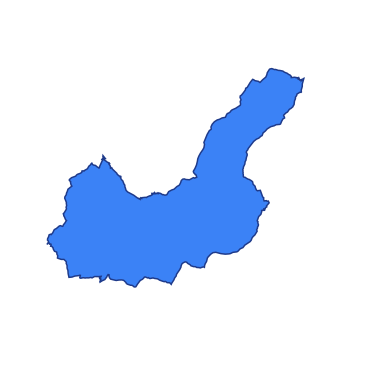 Rozavlea, Maramures, Romania (Natural Earth projection), rotated 152°
{"feature_id": "2599482B19056490383889", "entity_name": "Rozavlea", "entity_type": "district", "adm_level": 2, "iso_a3": "ROU", "parent_name": "Romania", "parent_adm1": "Maramures", "projection": "natural_earth1", "projection_center": [24.205, 47.737], "detail": "fine", "context": "isolated", "style": "filled", "palette": "blue", "viewbox_px": 384, "rotation_deg": 152, "n_neighbors": 0, "source": "geoboundaries", "source_scale": "gbopen_adm2", "svg_char_len": 6081}
<svg xmlns="http://www.w3.org/2000/svg" viewBox="0 0 384 384"><g transform="rotate(152 192 192)"><path d="M85.6,263.0L89.2,261.4L94.2,258.4L95.9,258.4L97.0,257.0L101.0,255.1L103.0,254.3L104.3,254.2L105.2,252.9L105.4,250.5L106.2,249.7L106.8,249.5L107.2,248.7L107.5,247.5L108.3,246.2L108.8,245.9L114.2,245.4L118.1,245.7L119.5,245.4L120.8,244.7L122.6,244.5L124.0,244.7L125.3,244.0L127.4,242.3L130.8,243.3L133.6,243.3L135.9,243.8L139.3,243.5L142.4,242.3L144.5,240.7L144.9,240.1L145.4,238.6L145.9,238.3L147.8,238.1L151.6,235.7L158.2,230.2L158.6,228.2L160.6,225.6L162.5,224.3L166.2,222.4L169.2,220.4L171.4,218.5L172.9,216.5L175.4,213.7L178.3,211.4L181.1,209.7L181.5,208.2L181.0,206.9L181.0,205.9L180.4,205.1L180.9,202.8L183.2,203.0L183.7,203.8L184.0,204.0L188.5,204.0L191.5,205.9L192.7,207.2L194.2,207.7L196.0,207.2L197.9,205.4L200.0,204.0L202.8,203.9L206.5,202.9L208.9,203.3L212.4,203.3L215.5,201.4L217.4,201.9L218.7,203.3L219.3,203.5L220.4,205.5L221.7,206.6L222.2,206.4L222.4,207.1L222.9,206.8L223.3,207.4L223.8,207.1L224.6,207.7L225.3,207.7L225.2,208.3L225.3,208.7L225.6,208.2L226.6,208.4L227.0,208.6L226.8,209.0L227.2,209.0L227.5,209.3L228.1,209.6L228.2,209.0L228.0,208.4L228.5,208.2L229.0,208.4L230.2,208.1L231.3,208.5L234.1,208.7L234.7,208.5L235.7,209.2L238.9,210.5L239.4,209.9L240.0,210.9L240.7,210.2L241.7,211.1L241.7,210.5L242.8,212.0L245.0,216.6L248.8,222.2L249.4,224.3L249.3,225.3L248.9,226.9L248.9,227.8L248.1,229.7L248.3,231.0L247.9,234.4L248.5,236.2L248.4,238.4L247.7,238.6L248.2,239.4L247.9,239.6L248.8,240.4L249.7,242.7L249.6,243.8L251.5,249.6L251.5,251.0L252.8,251.3L252.4,252.2L252.2,252.2L252.0,253.2L252.2,255.7L251.4,255.7L251.5,256.7L252.8,258.1L253.2,259.3L255.1,262.5L252.8,262.1L253.5,265.9L254.2,264.8L254.1,263.7L256.3,263.1L256.0,262.2L261.7,257.8L262.1,257.1L262.9,256.8L264.1,259.0L264.7,260.7L266.4,262.1L266.9,263.1L266.9,264.5L267.6,264.4L269.0,263.6L271.0,263.2L273.4,261.6L276.9,261.5L277.5,261.2L278.2,261.8L279.3,262.2L280.0,261.2L281.6,260.9L284.9,261.4L286.0,261.2L287.3,260.6L291.6,261.2L294.4,260.6L294.9,259.7L294.3,258.2L294.8,257.4L295.4,255.2L295.3,253.6L300.2,252.7L301.9,251.0L303.4,249.9L304.1,248.8L306.5,247.4L307.3,246.3L307.8,241.7L308.2,241.2L309.1,238.8L310.3,237.7L310.7,236.2L311.0,235.8L314.5,233.7L315.9,233.2L316.0,231.9L316.4,231.2L316.3,230.2L316.6,227.2L316.5,226.3L316.2,225.8L319.0,224.2L320.8,223.5L322.1,222.4L322.6,222.5L323.9,224.0L325.1,224.3L329.1,223.4L330.1,223.5L331.5,223.3L334.0,221.4L336.0,220.6L336.4,220.5L336.6,221.1L338.2,221.3L340.0,219.5L341.2,218.8L341.8,218.0L342.2,217.3L341.9,216.7L342.2,215.0L344.0,214.3L344.1,214.0L343.9,213.9L342.6,214.7L342.3,214.6L342.1,214.0L342.1,212.7L341.1,212.4L341.1,211.7L342.2,210.5L341.5,210.1L340.9,208.3L341.3,206.4L341.2,204.2L339.7,202.5L340.5,200.3L340.4,198.8L341.8,196.9L341.3,196.2L339.1,193.9L336.7,192.6L335.8,189.8L335.9,189.1L336.6,188.0L336.8,185.7L337.8,183.9L338.2,182.7L338.3,181.2L339.7,178.0L340.7,174.4L337.8,173.2L335.0,172.8L331.1,171.3L330.1,171.2L329.7,170.8L331.3,169.1L331.3,168.7L330.7,168.1L328.3,167.4L326.7,166.2L325.3,165.7L323.6,164.7L321.3,164.0L320.6,163.1L317.7,163.1L313.7,160.9L311.8,160.2L312.1,159.9L313.9,159.8L314.1,159.3L314.1,158.5L314.0,158.2L313.4,158.2L313.5,157.6L315.3,156.3L315.5,155.6L313.3,155.8L310.0,155.6L308.5,156.5L307.8,156.5L306.3,157.7L304.8,158.5L304.1,157.7L304.8,156.8L305.1,154.9L304.7,153.2L300.5,149.5L297.9,148.6L295.4,147.4L293.8,146.1L292.8,143.1L292.9,142.0L292.2,140.8L290.0,138.5L288.8,137.8L288.0,136.4L287.8,135.6L287.0,134.9L286.0,134.7L283.3,136.3L279.2,138.2L276.7,138.2L274.7,138.8L274.0,139.2L273.0,138.8L271.6,137.0L270.6,136.8L270.3,135.9L269.7,135.3L266.7,134.4L265.7,133.3L263.2,131.5L261.9,129.3L260.0,127.2L258.6,125.8L257.7,125.7L256.9,124.6L256.5,123.6L254.3,122.4L253.7,120.2L252.7,121.0L249.4,122.8L247.6,124.3L245.5,125.2L244.3,126.6L239.2,129.3L237.1,130.8L236.2,132.0L234.7,133.2L234.0,133.5L232.1,133.6L230.8,133.5L230.0,132.8L229.5,132.2L229.5,131.5L229.1,130.6L227.8,128.7L227.6,127.4L225.7,125.4L224.0,124.4L223.3,123.2L221.2,121.9L220.4,121.1L217.7,120.7L216.9,120.4L216.4,119.7L215.2,121.4L213.8,122.6L211.8,123.8L209.4,126.5L208.2,127.1L204.6,128.3L202.0,128.6L199.3,127.6L195.4,124.0L191.8,121.5L188.4,120.0L187.1,119.6L184.2,119.5L180.5,118.1L179.3,118.1L176.2,119.2L173.1,119.0L170.3,120.3L164.0,120.9L162.4,121.6L160.6,123.2L158.9,124.0L156.8,124.5L152.9,126.8L152.6,128.4L151.4,129.1L150.4,130.5L149.4,131.0L148.7,131.9L148.4,133.9L147.7,134.7L148.0,135.9L147.8,136.1L144.7,139.0L141.7,139.9L139.4,142.2L139.2,143.0L137.6,142.6L137.2,142.0L136.5,141.8L136.2,142.1L136.1,143.0L136.6,143.2L136.5,143.4L135.2,142.9L134.5,143.6L132.9,143.8L132.8,144.7L129.0,146.2L128.9,148.2L130.0,148.5L130.3,149.4L132.5,150.3L132.1,152.4L131.4,153.0L131.9,154.5L130.9,161.4L133.7,162.4L134.2,163.5L134.0,166.0L133.6,167.5L134.4,170.1L133.7,172.7L134.3,174.1L135.6,176.3L136.3,176.8L137.6,178.7L138.0,179.8L139.2,180.8L139.4,181.5L138.5,183.4L138.2,184.6L137.6,185.4L137.4,186.3L136.8,187.2L136.8,187.8L135.5,188.9L134.9,189.9L132.3,191.8L130.8,193.9L129.5,194.7L127.7,197.0L126.0,198.6L125.5,199.6L125.4,201.7L124.3,202.6L122.9,203.1L122.0,204.0L113.8,207.7L110.4,208.4L107.7,208.2L105.0,208.9L103.6,208.9L101.5,210.8L98.6,211.4L96.0,212.4L91.8,212.7L88.3,211.9L86.1,211.9L82.8,210.5L81.9,210.5L79.3,212.6L77.4,213.8L75.5,213.9L75.2,214.9L75.3,216.2L75.0,216.8L72.0,217.7L70.1,217.8L67.2,219.3L65.6,219.3L62.9,219.9L62.1,220.6L60.9,221.2L58.8,224.2L56.9,225.8L56.2,227.1L54.4,228.0L53.3,229.2L49.9,229.4L49.0,228.8L48.5,228.9L47.7,230.7L45.1,233.4L43.9,235.6L39.9,239.8L40.7,239.9L41.5,238.8L41.9,238.8L42.4,239.3L43.2,239.0L42.7,239.9L44.2,240.1L44.1,242.3L44.9,241.5L45.4,242.2L45.2,242.8L44.8,242.9L44.8,243.1L46.2,244.1L46.3,243.2L46.4,244.2L47.4,245.1L50.6,246.4L50.1,247.5L50.5,249.2L51.5,250.5L52.2,252.1L54.1,254.3L55.0,256.1L57.4,258.1L58.6,258.8L60.6,260.9L61.7,261.4L63.6,263.5L65.3,264.0L66.0,264.0L69.5,262.0L71.0,260.3L72.9,258.8L77.1,257.9L80.4,256.8L80.6,256.8L81.4,258.5L84.1,260.7L84.9,262.3L85.6,263.0Z" fill="#3b82f6" stroke="#1e3a8a" stroke-width="1.5"/></g></svg>